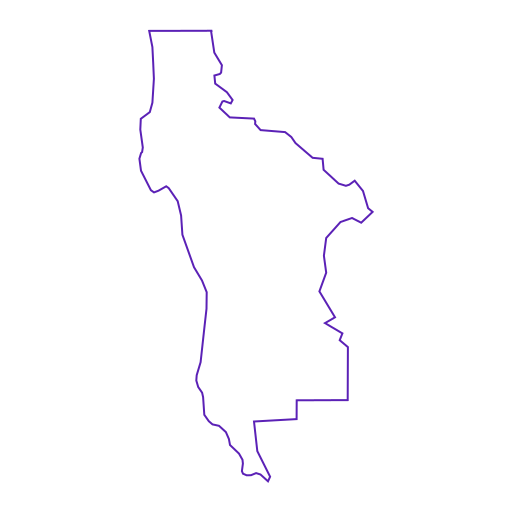 San Mateo, California, United States of America
{"feature_id": "52423323B75131784459442", "entity_name": "San Mateo", "entity_type": "district", "adm_level": 2, "iso_a3": "USA", "parent_name": "United States of America", "parent_adm1": "California", "projection": "equal_earth", "projection_center": [-122.339, 37.408], "detail": "fine", "context": "isolated", "style": "outline", "palette": "violet", "viewbox_px": 512, "rotation_deg": 0, "n_neighbors": 0, "source": "geoboundaries", "source_scale": "gbopen_adm2", "svg_char_len": 1360}
<svg xmlns="http://www.w3.org/2000/svg" viewBox="0 0 512 512"><path d="M347.9,347.1L339.7,340.2L342.4,333.4L325.0,323.1L335.0,317.3L319.4,291.4L326.2,272.7L323.9,255.7L326.2,238.0L340.5,222.0L352.0,218.0L361.2,222.7L372.6,211.9L368.1,208.2L363.0,191.0L354.7,180.7L349.3,184.7L345.9,185.8L341.3,184.4L338.6,183.6L323.6,169.8L322.6,158.8L312.6,157.8L295.5,143.1L291.3,137.0L285.1,132.1L260.6,130.1L255.1,124.0L255.3,121.3L254.0,118.6L229.8,117.4L219.4,107.6L222.4,101.5L224.1,101.0L230.8,103.4L232.6,100.0L226.9,92.2L215.2,83.6L214.4,75.5L219.8,74.0L221.1,72.6L221.9,65.2L214.3,52.6L211.1,31.3L212.2,30.7L204.3,30.8L195.9,30.8L149.2,30.9L152.4,47.1L153.2,63.0L153.9,78.8L152.4,102.7L149.8,112.1L140.8,118.8L140.3,129.6L142.8,147.5L142.1,152.1L141.1,153.0L139.4,158.7L141.0,170.7L150.9,190.2L154.0,192.4L158.0,190.9L158.5,190.7L166.2,186.3L168.7,188.1L177.7,201.2L181.1,215.5L182.4,234.7L194.0,267.2L202.0,280.5L206.7,292.2L206.5,308.8L204.5,326.6L200.6,362.2L196.7,375.2L196.3,380.5L198.2,387.0L202.1,392.7L203.1,397.1L204.3,414.8L208.8,421.2L212.5,424.4L219.0,425.8L225.9,432.1L228.9,439.0L230.0,445.0L239.0,453.6L242.5,459.8L242.9,463.6L241.9,471.1L243.0,473.7L246.7,475.3L251.0,475.2L256.1,473.1L260.5,474.5L268.0,481.3L270.1,476.7L257.3,451.1L254.0,421.5L296.6,419.1L296.7,400.3L347.7,400.1L347.9,347.1Z" fill="none" stroke="#5b21b6" stroke-width="2"/></svg>